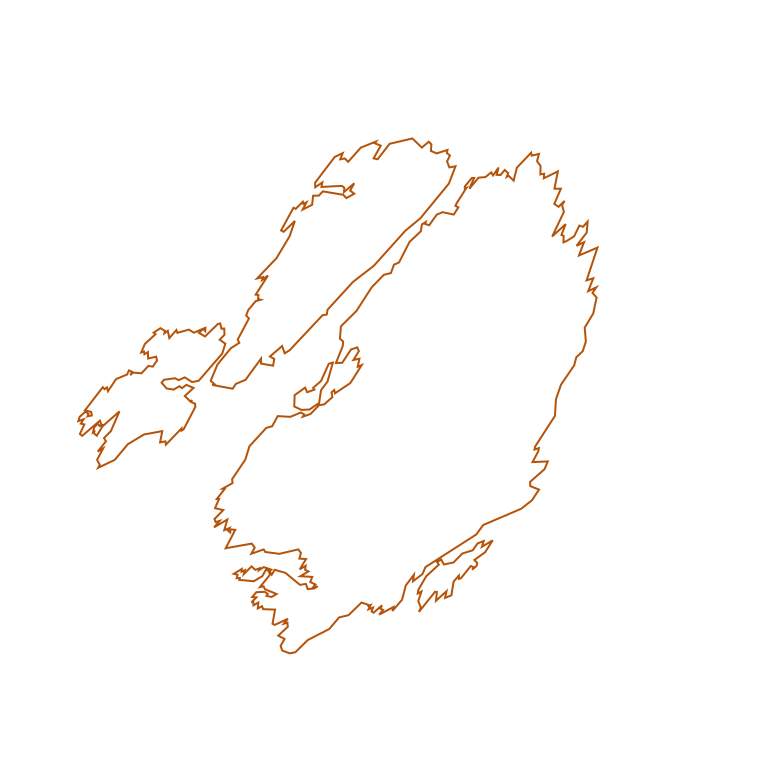 Kristiansund nor, Møre og Romsdal, Norway, rotated 319°
{"feature_id": "86288312B88311782618273", "entity_name": "Kristiansund nor", "entity_type": "district", "adm_level": 2, "iso_a3": "NOR", "parent_name": "Norway", "parent_adm1": "Møre og Romsdal", "projection": "robinson", "projection_center": [7.776, 63.078], "detail": "fine", "context": "isolated", "style": "outline", "palette": "amber", "viewbox_px": 768, "rotation_deg": 319, "n_neighbors": 0, "source": "geoboundaries", "source_scale": "gbopen_adm2", "svg_char_len": 6169}
<svg xmlns="http://www.w3.org/2000/svg" viewBox="0 0 768 768"><g transform="rotate(319 384 384)"><path d="M521.7,289.1L517.3,288.4L512.0,292.9L496.5,293.5L475.1,302.1L469.8,300.5L462.0,304.8L455.5,301.5L438.4,302.9L411.1,310.8L389.4,312.2L380.5,320.8L381.0,325.2L377.6,328.4L361.5,336.6L366.4,340.6L381.8,336.3L387.8,338.8L386.6,342.7L376.7,345.8L382.1,348.8L375.5,353.7L379.6,355.1L359.2,361.2L340.9,358.9L342.5,355.9L338.9,355.9L336.4,360.0L325.5,360.2L320.9,357.2L332.4,347.4L343.0,345.1L359.4,334.3L355.6,332.5L338.5,340.4L328.0,340.4L327.8,342.6L320.6,339.8L322.1,335.0L309.2,333.8L301.5,342.1L304.8,349.5L311.1,354.4L320.7,355.5L319.7,357.5L308.8,358.4L301.3,355.4L303.8,354.7L302.6,351.0L291.7,347.3L282.7,338.5L271.9,342.5L266.3,339.9L241.6,342.7L229.7,350.1L206.9,356.2L204.7,359.4L193.3,357.1L194.8,358.7L182.4,361.1L184.1,362.5L175.0,366.9L180.0,373.7L167.5,374.7L166.4,377.7L170.2,379.5L161.7,380.7L176.8,383.5L167.6,389.5L172.6,391.2L170.0,391.9L170.5,395.2L172.8,393.0L176.0,396.5L156.8,404.1L179.5,417.7L179.1,422.6L172.5,425.1L184.7,429.9L184.2,432.9L193.6,443.5L210.8,452.6L210.5,457.0L205.6,460.2L210.3,465.0L198.8,468.6L205.6,469.8L202.6,472.4L204.0,475.9L194.8,474.2L203.3,482.5L198.4,485.1L200.7,490.3L197.1,490.9L201.2,493.2L196.9,492.4L191.9,488.7L193.9,483.6L188.8,480.5L185.7,461.9L179.6,452.5L174.2,454.2L174.6,450.5L177.2,450.2L173.1,443.3L167.5,442.5L169.3,441.5L164.9,439.8L164.4,434.8L153.4,435.5L156.8,433.2L153.3,432.2L155.3,430.3L146.1,428.7L148.3,431.9L145.4,433.9L147.9,435.8L146.3,436.9L156.3,447.4L166.0,449.2L173.1,446.7L174.3,449.2L172.9,453.1L157.1,455.9L160.4,457.7L159.5,460.7L165.1,472.0L159.5,471.0L156.3,466.8L158.6,466.0L157.7,462.7L151.1,457.4L144.8,458.3L147.6,461.3L140.7,461.8L142.6,462.5L140.3,465.4L145.8,466.5L141.5,470.6L146.2,471.7L145.0,474.6L153.8,482.8L142.6,491.8L143.4,494.1L157.4,498.1L151.1,499.2L154.5,500.8L152.1,504.1L139.1,504.5L141.7,511.2L134.2,513.8L132.3,518.4L136.2,525.5L141.2,528.3L158.4,527.2L182.0,533.0L196.9,530.7L205.6,535.2L223.7,534.2L227.7,541.1L225.7,541.3L228.7,542.1L224.5,543.9L229.0,545.5L225.5,547.4L226.0,549.8L237.3,549.7L233.9,551.2L235.1,553.8L229.1,554.9L244.8,558.5L241.4,560.8L256.0,558.7L268.4,550.3L281.4,547.6L276.5,551.9L288.2,552.7L295.2,549.4L354.9,558.1L366.4,555.5L405.8,568.2L419.5,568.8L431.7,565.4L427.4,557.0L430.1,553.7L449.3,553.6L456.8,549.9L444.9,540.4L456.5,535.9L458.8,534.0L454.6,532.2L456.9,530.4L492.1,520.2L503.8,508.3L517.2,500.6L539.8,494.7L546.6,490.0L555.5,489.6L564.2,484.4L572.5,473.1L588.1,468.1L601.2,458.2L601.1,452.0L607.7,450.3L599.0,447.9L611.3,441.5L604.9,438.7L634.6,421.1L615.5,414.9L628.0,408.2L619.9,406.0L636.4,402.7L644.2,395.0L637.3,395.9L635.4,392.6L624.4,397.3L615.1,395.8L612.4,394.8L616.8,390.0L615.7,387.9L626.0,382.5L607.7,383.0L632.6,372.2L635.8,365.8L640.4,364.3L632.0,364.8L630.7,359.8L645.6,352.7L640.8,348.4L654.7,337.6L639.6,333.6L642.8,330.4L639.5,328.4L645.2,322.2L645.7,316.2L651.9,312.0L645.3,308.6L646.8,306.0L626.2,307.9L615.2,315.6L614.7,308.7L612.5,308.2L616.0,306.4L615.6,301.7L609.0,302.7L606.2,300.0L612.5,295.8L603.1,298.1L603.8,294.6L596.3,294.4L590.7,290.3L576.5,292.6L587.2,287.7L585.6,286.2L574.6,287.9L573.1,289.7L574.7,290.1L556.9,295.4L554.8,296.5L556.0,299.5L547.8,301.9L541.0,292.8L535.0,290.8L522.2,293.8L520.0,290.0L521.7,289.1ZM495.8,180.3L464.0,186.9L461.2,190.4L469.7,191.4L466.1,194.2L482.2,206.9L482.8,209.9L479.7,212.9L493.2,213.0L485.3,215.9L486.4,220.9L477.5,219.0L477.4,214.5L464.2,198.5L458.5,199.1L454.0,195.4L447.3,201.6L437.1,199.0L444.7,196.0L441.3,195.2L442.3,193.2L432.2,193.9L431.3,191.6L407.1,200.6L408.1,203.3L423.7,202.5L409.6,210.6L385.4,218.5L357.5,221.1L362.8,223.9L360.3,225.5L367.6,226.0L345.8,232.4L347.6,234.5L344.7,237.2L346.2,239.5L341.5,237.3L330.1,239.1L324.9,241.9L325.1,245.9L302.7,254.5L301.8,258.0L292.0,256.5L271.2,260.0L255.3,267.9L256.0,273.1L253.7,271.9L266.7,288.3L272.2,286.7L282.2,290.0L307.8,284.2L304.6,287.9L312.3,297.4L317.6,293.1L316.0,288.4L332.0,288.5L329.2,295.7L335.0,296.6L382.6,291.8L386.4,294.0L390.1,290.9L427.6,286.6L453.9,288.1L500.9,282.3L520.1,282.8L564.5,275.3L580.8,266.6L575.4,263.4L577.6,257.4L583.7,254.8L583.0,250.9L585.5,249.0L575.0,244.5L572.3,238.9L577.0,234.2L576.7,230.5L567.7,230.4L566.5,217.3L545.8,206.4L526.6,210.2L524.2,206.9L537.9,202.0L535.0,196.3L537.1,195.8L521.7,190.4L502.7,192.8L502.4,188.1L498.4,185.7L504.3,182.7L495.8,180.3ZM251.9,195.2L243.8,194.1L244.3,196.5L229.8,196.9L221.5,200.9L224.2,202.0L222.7,204.4L226.8,205.0L222.7,210.0L229.9,213.9L228.2,217.3L220.9,219.2L218.0,215.8L208.0,216.8L201.8,210.5L198.3,210.9L201.9,209.5L200.4,206.4L196.3,208.3L185.0,204.5L170.9,208.4L172.7,204.8L169.7,204.6L169.7,201.9L141.0,207.7L144.7,212.9L142.9,216.1L139.0,213.9L141.4,212.7L140.5,209.0L132.7,209.1L129.0,211.5L134.1,213.5L129.2,215.0L131.3,217.9L121.7,222.2L122.2,225.1L145.6,225.3L143.9,229.3L145.6,231.2L141.8,229.2L141.9,226.1L136.9,226.6L133.0,229.3L135.3,229.3L132.7,230.6L133.3,234.6L143.7,231.3L166.4,231.1L146.9,240.4L137.2,241.1L136.6,244.8L123.6,247.2L129.9,248.3L117.7,253.0L116.5,258.5L113.3,259.7L131.0,264.6L151.2,261.4L169.7,264.6L185.7,274.1L176.7,281.2L181.4,283.9L179.6,286.7L202.0,284.7L200.6,286.3L202.8,286.8L226.4,277.6L228.5,275.0L226.6,271.0L228.5,270.2L226.4,270.2L225.8,262.4L237.7,262.0L234.3,255.0L228.8,254.6L228.2,251.5L221.6,250.2L217.0,244.8L217.0,237.1L220.8,236.5L230.1,242.6L231.6,246.4L238.0,248.3L240.4,256.6L246.2,260.0L281.9,254.9L290.7,249.5L289.0,242.8L295.9,242.2L299.8,237.3L297.6,235.7L300.1,230.9L298.0,229.7L280.1,230.7L277.9,224.0L283.6,223.7L283.8,226.8L286.1,224.4L274.1,220.5L272.5,215.0L261.6,209.8L262.7,207.1L252.1,208.5L255.8,202.0L251.5,201.7L253.5,200.2L251.9,195.2ZM310.8,559.5L312.0,554.0L307.2,553.1L306.9,556.3L289.7,556.8L275.0,561.8L272.0,564.3L276.1,565.2L267.4,570.4L265.1,577.0L260.8,578.9L286.3,574.3L287.5,575.7L281.0,581.7L295.2,581.4L289.8,585.5L296.2,587.7L306.9,578.8L314.8,577.7L312.7,580.2L314.5,581.1L330.1,578.3L331.6,581.2L328.7,582.0L334.6,582.0L337.0,580.0L336.7,576.1L349.9,577.3L363.5,573.3L351.1,571.1L356.2,567.9L350.1,565.7L341.8,567.7L331.9,563.3L319.4,564.3L310.8,559.5Z" fill="none" stroke="#b45309" stroke-width="2"/></g></svg>